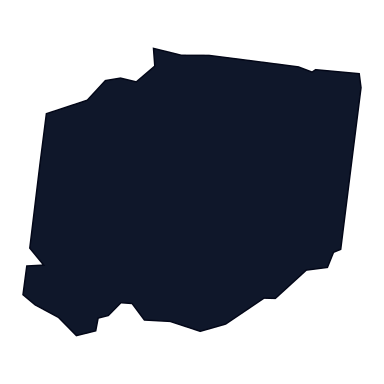 outline of Hickman, Tennessee, United States of America
{"feature_id": "52423323B57415980272372", "entity_name": "Hickman", "entity_type": "district", "adm_level": 2, "iso_a3": "USA", "parent_name": "United States of America", "parent_adm1": "Tennessee", "projection": "robinson", "projection_center": [-87.5, 35.801], "detail": "fine", "context": "isolated", "style": "filled", "palette": "ink", "viewbox_px": 384, "rotation_deg": 0, "n_neighbors": 0, "source": "geoboundaries", "source_scale": "gbopen_adm2", "svg_char_len": 575}
<svg xmlns="http://www.w3.org/2000/svg" viewBox="0 0 384 384"><path d="M153.5,48.4L154.8,66.1L136.3,81.9L120.5,78.1L105.4,80.6L87.3,100.2L46.4,113.7L40.0,163.9L29.8,248.1L43.7,265.1L26.8,266.0L23.0,294.7L35.2,304.9L58.5,317.4L76.4,335.6L95.7,330.8L98.1,318.1L108.3,315.5L120.9,302.7L132.1,303.5L144.4,320.0L170.2,321.4L200.2,331.3L225.7,324.0L264.0,298.1L275.3,298.4L306.3,270.1L327.4,267.4L333.5,252.3L340.7,249.3L352.5,155.0L361.0,87.7L359.2,73.7L315.6,69.7L312.1,72.1L298.4,66.9L208.9,55.4L181.4,55.3L153.5,48.4Z" fill="#0f172a" stroke="#020617" stroke-width="1.5"/></svg>